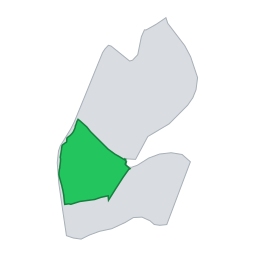 YobokiI, Dikhil, Djibouti shown in context, rotated 355°
{"feature_id": "41766387B74076707162819", "entity_name": "YobokiI", "entity_type": "district", "adm_level": 2, "iso_a3": "DJI", "parent_name": "Djibouti", "parent_adm1": "Dikhil", "projection": "equal_earth", "projection_center": [42.146, 11.584], "detail": "fine", "context": "in_parent", "style": "filled", "palette": "green", "viewbox_px": 256, "rotation_deg": 355, "n_neighbors": 0, "source": "geoboundaries", "source_scale": "gbopen_adm2", "svg_char_len": 1808}
<svg xmlns="http://www.w3.org/2000/svg" viewBox="0 0 256 256"><g transform="rotate(355 128 128)"><path d="M187.2,167.1L179.4,183.3L169.5,204.0L158.2,227.6L151.2,227.7L145.7,226.4L141.9,222.4L134.2,218.0L125.5,217.7L117.1,221.8L103.0,226.9L90.3,228.5L80.1,231.3L71.6,234.6L63.9,232.8L57.3,229.9L55.8,204.8L54.3,177.6L54.5,156.4L56.8,144.7L58.9,140.1L70.9,123.9L75.0,117.3L88.8,90.6L100.5,67.7L109.3,50.6L112.0,47.2L115.7,43.9L118.3,44.9L135.4,61.4L138.4,60.9L144.1,55.8L149.3,38.2L152.9,31.7L154.5,31.9L165.4,27.0L175.4,21.4L176.7,27.2L191.7,50.9L196.6,62.5L201.7,83.9L199.1,95.8L195.2,103.5L189.4,110.5L169.4,127.4L147.0,138.2L132.8,159.9L122.2,158.4L123.8,166.6L127.8,167.5L133.9,166.0L146.2,159.7L157.1,156.7L168.9,156.4L179.6,159.1L187.2,167.1Z" fill="#d9dde1" stroke="#a8b0b8" stroke-width="1"/><path d="M79.0,115.0L77.5,117.4L77.0,118.8L76.6,119.8L75.7,121.4L75.4,123.0L73.4,126.7L71.9,128.5L69.9,130.3L69.6,130.5L66.5,132.4L66.2,133.1L65.7,136.3L65.2,137.0L64.4,137.2L61.7,138.9L61.5,139.0L60.8,139.6L60.1,142.1L59.8,144.0L59.7,144.3L57.9,151.4L58.1,152.6L58.1,153.0L57.8,155.5L56.7,160.7L56.6,161.8L56.0,163.3L55.3,166.5L55.2,167.7L55.1,168.6L55.3,170.4L57.0,179.5L57.4,182.6L57.6,183.8L58.1,189.1L58.2,196.0L58.3,197.5L58.3,197.8L58.3,198.6L62.3,198.4L64.4,199.0L73.7,197.0L88.6,196.3L95.1,194.7L102.3,193.8L102.3,198.2L110.1,187.9L118.7,176.8L125.0,169.4L126.5,168.7L126.2,168.4L125.7,168.3L125.5,167.6L125.1,167.4L124.9,167.0L122.3,164.4L122.1,163.9L122.2,163.3L122.8,162.8L122.6,162.1L122.8,161.8L123.4,161.8L123.5,161.6L123.2,161.4L123.0,160.7L123.1,160.3L123.0,160.2L122.8,159.9L123.0,159.0L122.7,158.9L122.4,159.2L122.1,158.8L121.9,159.4L121.6,159.2L116.9,155.8L112.8,153.0L106.4,147.4L90.2,128.2L87.1,123.4L80.7,116.6L79.0,115.0Z" fill="#22c55e" stroke="#15803d" stroke-width="1.5"/></g></svg>